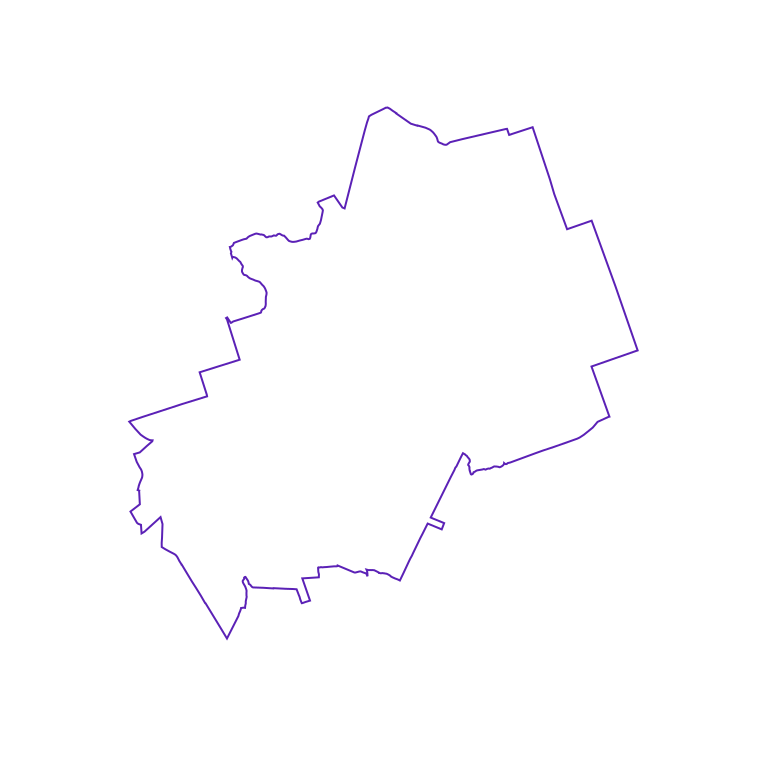 the district of Draganesti-Vlasca, Teleorman, Romania, rotated 195°
{"feature_id": "2599482B67240297186090", "entity_name": "Draganesti-Vlasca", "entity_type": "district", "adm_level": 2, "iso_a3": "ROU", "parent_name": "Romania", "parent_adm1": "Teleorman", "projection": "albers", "projection_center": [25.585, 44.073], "detail": "fine", "context": "isolated", "style": "outline", "palette": "violet", "viewbox_px": 768, "rotation_deg": 195, "n_neighbors": 0, "source": "geoboundaries", "source_scale": "gbopen_adm2", "svg_char_len": 6117}
<svg xmlns="http://www.w3.org/2000/svg" viewBox="0 0 768 768"><g transform="rotate(195 384 384)"><path d="M452.1,652.0L452.8,651.6L453.7,651.4L456.0,649.3L465.8,640.8L467.8,638.6L467.8,636.3L468.1,632.3L468.2,623.9L468.0,586.1L467.5,543.4L469.9,543.7L481.1,553.2L494.1,543.3L495.0,542.1L492.8,539.8L492.1,539.0L490.2,538.0L488.8,537.0L488.0,536.0L487.8,534.2L487.4,527.5L487.3,526.0L487.4,522.2L488.2,520.4L488.6,519.3L488.6,517.9L488.5,516.7L488.7,513.4L489.2,512.0L490.6,511.3L492.1,510.9L493.0,510.3L493.4,509.4L493.1,506.3L493.3,505.0L494.3,504.4L496.1,504.4L496.8,504.1L499.9,502.2L502.5,500.8L505.6,498.9L508.0,497.9L509.6,497.5L511.5,497.5L512.8,497.6L513.9,498.2L516.7,500.1L518.9,501.4L519.7,501.2L520.7,501.3L521.7,501.5L522.4,501.8L523.7,502.1L524.8,501.6L525.6,501.0L526.0,500.1L526.5,499.4L527.4,499.1L528.2,499.1L528.9,499.0L530.3,497.8L530.9,497.4L532.8,496.9L533.3,496.7L534.3,495.8L534.9,495.5L535.7,495.3L536.5,495.6L538.4,496.7L539.0,496.8L541.3,496.7L541.9,496.4L544.9,496.4L546.2,496.3L547.2,495.8L548.7,494.7L552.1,492.1L552.8,491.3L553.4,490.6L554.4,488.8L556.9,487.5L558.7,486.3L563.5,482.9L565.5,481.4L565.7,479.5L565.9,478.8L566.3,478.3L567.0,477.4L568.0,476.5L568.3,476.4L567.2,474.3L566.9,474.0L566.3,472.9L565.7,472.4L565.6,471.5L565.6,470.9L565.7,470.6L563.2,466.6L563.1,467.3L562.8,467.6L562.4,467.7L560.4,467.7L558.8,467.2L555.5,465.2L554.5,464.8L552.4,462.6L551.3,461.8L551.0,461.5L550.8,461.1L550.6,460.4L550.7,459.8L550.7,457.5L550.6,457.0L550.4,456.2L550.1,455.6L549.5,454.9L547.9,453.4L547.2,453.2L545.9,453.3L544.9,453.2L544.3,453.0L543.0,452.2L541.9,451.7L540.6,451.3L538.8,451.1L537.4,451.0L535.1,450.6L532.8,450.6L531.2,450.5L530.6,450.4L530.0,450.1L527.2,448.2L525.7,447.4L524.3,446.2L523.3,445.1L521.7,442.9L521.0,441.7L520.7,440.0L520.6,437.4L520.2,435.8L520.1,435.3L519.5,432.7L519.0,431.1L518.7,429.7L518.7,429.2L518.6,428.5L518.8,427.8L518.8,427.1L519.1,426.2L519.5,425.6L520.1,425.2L520.5,424.8L521.1,423.9L521.4,423.0L521.3,421.6L521.5,421.0L523.7,419.5L538.2,410.2L539.0,409.7L545.8,405.4L547.3,403.7L547.7,403.4L548.5,404.0L552.7,407.7L553.1,407.3L553.6,406.8L552.4,405.8L529.7,370.1L565.1,347.6L552.4,327.8L551.7,326.3L573.8,312.4L609.0,289.5L618.9,282.9L620.3,281.7L612.5,276.2L606.0,272.1L603.1,271.0L600.4,270.1L598.3,269.6L595.9,269.2L594.2,269.4L593.0,269.7L593.0,268.7L597.0,262.8L602.2,254.7L607.3,251.6L602.7,244.8L598.4,240.2L597.2,239.2L596.4,238.4L595.7,237.5L595.0,236.4L594.1,234.5L593.8,233.6L593.5,231.7L593.5,230.8L594.2,226.1L594.4,224.1L594.5,222.0L594.4,220.3L594.5,217.8L592.8,217.7L592.8,217.2L588.7,204.6L595.9,195.2L586.7,186.0L585.1,185.3L582.3,185.1L579.5,176.9L577.1,179.4L565.4,197.6L561.7,191.4L558.6,178.0L557.6,172.9L556.5,169.0L552.5,167.8L547.6,166.6L543.0,165.6L541.4,165.1L540.3,164.5L538.7,163.2L535.7,159.9L533.2,157.6L532.8,157.1L532.6,157.2L526.1,150.9L518.3,143.4L512.7,138.3L506.1,132.1L500.1,126.1L499.9,126.2L499.7,126.1L478.4,105.8L469.8,97.5L464.6,122.2L464.6,123.4L464.6,124.4L464.5,125.4L464.2,127.1L464.1,128.5L464.0,130.0L464.1,130.6L461.8,131.6L460.3,131.8L460.4,132.5L460.7,134.3L460.7,136.1L461.2,138.0L461.3,138.5L461.4,140.1L461.5,142.4L461.7,143.3L462.0,143.8L462.8,146.6L463.1,148.1L463.2,148.6L463.8,149.8L465.6,152.4L468.1,154.9L468.9,155.8L469.4,156.8L469.5,157.1L469.4,157.7L468.7,159.4L468.7,159.8L469.0,160.7L468.9,160.9L468.6,161.4L468.2,161.7L467.9,161.8L464.4,158.7L463.6,157.5L462.8,155.9L461.3,155.5L460.0,154.5L458.9,153.8L457.9,153.6L447.9,155.9L437.9,157.9L437.9,158.2L425.7,160.8L418.9,162.4L415.3,163.1L411.6,158.0L410.5,156.6L409.1,154.2L406.7,151.0L406.0,151.3L403.3,153.2L399.4,155.6L412.6,175.1L396.9,180.4L397.6,183.4L398.8,185.5L400.0,189.1L400.1,189.6L399.9,189.9L398.7,190.1L397.5,190.8L396.3,190.9L395.7,191.1L394.1,191.7L392.5,192.2L388.5,193.7L384.9,195.0L382.4,195.7L381.9,196.0L381.9,196.7L364.1,194.3L363.6,194.3L362.8,194.5L359.3,196.5L358.2,196.9L357.6,196.9L355.6,196.6L352.3,196.4L351.9,196.1L351.5,195.7L350.7,194.6L350.4,194.8L351.1,197.0L351.6,198.1L352.1,199.2L352.9,200.2L351.1,200.2L350.5,200.3L348.8,200.8L347.9,201.0L347.0,201.3L345.2,201.6L340.3,200.6L340.1,200.2L339.4,200.3L338.8,200.3L338.3,200.3L337.9,200.4L337.0,200.8L336.4,201.0L335.6,201.0L335.1,201.2L334.1,201.2L333.4,201.3L332.3,201.4L330.2,201.0L328.2,200.4L327.8,200.0L327.6,199.9L326.0,199.5L322.9,199.0L320.4,198.8L318.7,198.5L317.8,198.3L316.3,206.2L314.0,219.2L313.4,222.3L312.6,225.4L312.2,227.9L309.0,244.8L308.1,248.8L305.7,260.5L290.6,258.5L289.9,265.2L301.6,266.7L304.3,267.1L295.4,311.5L293.7,319.3L293.5,321.3L293.2,322.2L292.8,322.8L292.7,323.2L291.0,332.1L290.1,336.4L289.8,337.6L288.5,337.2L287.5,337.0L286.7,336.4L285.5,336.1L284.5,335.2L282.3,333.7L281.6,332.9L281.4,332.6L281.3,331.9L281.0,331.2L281.7,329.0L281.8,327.7L281.7,327.5L280.8,326.9L280.0,325.9L279.9,325.3L279.7,325.1L279.7,324.6L279.5,324.2L279.4,323.8L279.2,323.4L278.9,322.7L278.6,322.5L278.5,322.0L278.1,321.4L277.3,320.3L277.1,319.8L276.6,319.3L276.1,319.2L275.4,319.7L274.9,320.3L274.6,321.2L274.7,321.8L274.5,322.1L273.7,322.6L272.7,323.8L272.1,324.4L271.2,324.9L267.0,326.8L265.5,327.7L264.2,327.6L263.7,327.6L262.3,328.8L260.9,329.5L260.7,329.5L260.4,329.5L259.9,329.6L259.1,330.4L258.0,331.2L256.7,332.5L256.2,332.9L254.8,333.2L253.9,333.4L252.2,333.6L251.1,333.5L250.6,333.6L249.2,334.7L248.0,336.2L247.7,336.8L247.4,337.6L247.4,338.1L247.5,338.7L246.7,338.3L246.1,338.1L245.4,338.2L244.9,338.5L244.5,338.8L244.3,339.3L243.9,339.7L241.8,340.8L219.7,356.4L213.2,360.9L203.9,367.0L191.3,375.6L183.2,381.2L181.1,383.0L177.8,386.7L171.1,395.9L167.9,402.7L158.7,410.3L157.8,410.8L188.1,454.6L147.7,482.1L185.6,538.1L225.7,595.5L247.2,580.9L268.7,611.5L276.7,624.6L306.9,670.5L327.6,657.0L331.2,662.3L332.2,661.9L371.9,640.7L382.7,634.7L385.3,631.5L386.0,631.1L386.9,630.9L387.9,630.8L389.2,630.9L389.7,631.1L393.0,631.5L394.1,631.9L394.5,632.1L394.9,632.6L396.1,634.7L396.6,635.4L397.4,636.4L400.5,638.9L402.0,639.9L404.6,641.2L405.8,641.6L410.3,642.3L418.6,642.4L418.6,642.1L425.5,642.4L442.3,648.5L442.2,648.8L446.5,650.2L449.5,651.4L451.7,651.9L452.1,652.0Z" fill="none" stroke="#5b21b6" stroke-width="2"/></g></svg>